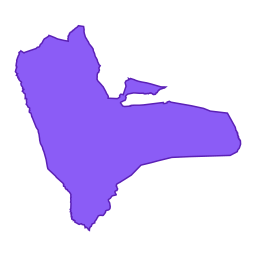 Santiago Yosondúa, Oaxaca, Mexico (orthographic projection)
{"feature_id": "50627088B9654355924855", "entity_name": "Santiago Yosondúa", "entity_type": "district", "adm_level": 2, "iso_a3": "MEX", "parent_name": "Mexico", "parent_adm1": "Oaxaca", "projection": "orthographic", "projection_center": [-97.535, 16.847], "detail": "fine", "context": "isolated", "style": "filled", "palette": "violet", "viewbox_px": 256, "rotation_deg": 0, "n_neighbors": 0, "source": "geoboundaries", "source_scale": "gbopen_adm2", "svg_char_len": 5530}
<svg xmlns="http://www.w3.org/2000/svg" viewBox="0 0 256 256"><path d="M210.3,111.1L203.6,108.4L191.1,105.7L171.0,102.2L169.3,101.3L167.1,102.1L166.9,103.0L164.8,103.5L163.4,103.5L163.2,102.5L143.7,104.9L139.6,105.2L134.2,105.2L131.1,105.4L130.7,105.7L130.4,105.7L130.5,106.1L124.6,106.5L123.2,106.2L122.9,106.1L122.1,105.2L121.2,103.8L120.5,103.0L120.6,102.4L121.1,102.0L122.2,101.6L123.8,100.6L124.8,100.5L125.3,99.9L125.7,99.0L126.1,97.5L125.8,97.1L125.6,96.7L125.6,96.4L125.8,95.9L126.7,94.9L127.8,94.1L133.5,92.9L135.8,93.0L139.9,93.3L142.6,93.2L142.9,93.3L143.5,93.3L143.6,93.5L144.2,93.7L144.4,93.6L144.8,93.9L145.2,93.9L145.6,93.6L146.1,93.8L147.0,93.5L147.6,93.5L148.3,93.8L148.8,93.4L149.3,93.2L149.6,93.2L149.8,93.3L150.0,93.3L150.3,92.9L150.7,93.1L151.4,93.1L151.8,93.5L152.2,93.6L152.6,93.7L152.7,94.1L152.9,94.3L153.9,94.6L154.7,94.3L155.2,94.3L155.3,94.1L155.6,94.0L156.0,93.5L156.2,92.8L157.1,92.6L157.5,91.9L157.7,91.3L157.9,91.1L158.3,90.9L158.7,90.3L158.7,90.1L159.3,90.0L159.5,89.9L159.6,89.5L159.8,89.3L161.7,88.8L163.2,88.2L164.0,88.1L164.6,87.9L165.7,87.0L161.0,86.9L151.1,84.0L146.8,82.9L141.7,82.0L138.2,81.2L135.2,80.2L134.6,79.8L130.5,78.5L130.1,79.0L129.3,78.9L128.6,78.5L128.9,79.6L125.9,81.0L125.1,82.7L125.8,85.2L126.0,86.3L123.2,94.7L122.1,94.4L121.4,94.3L120.5,94.3L119.6,95.7L119.8,97.0L118.3,98.1L117.3,98.6L108.1,98.2L108.3,96.4L107.6,95.0L106.5,93.4L105.7,91.5L103.1,86.7L102.1,85.7L101.5,84.9L97.6,80.6L97.3,79.7L97.0,79.4L97.2,76.5L97.1,75.8L97.2,74.8L97.6,73.1L98.7,72.3L98.8,71.5L99.3,70.6L99.4,69.9L99.0,68.7L98.9,68.0L99.2,67.3L100.2,65.7L98.8,64.5L98.6,63.6L97.7,61.9L97.2,59.9L96.2,57.9L95.6,57.1L95.0,55.7L94.6,53.7L93.4,51.0L93.1,49.0L91.7,46.9L89.2,43.9L88.2,41.6L87.3,40.4L86.6,39.0L85.4,37.1L84.4,33.7L84.0,31.7L84.1,29.6L83.6,26.5L78.4,25.7L77.4,27.0L76.3,27.7L75.7,28.2L75.3,28.4L73.9,29.8L73.7,29.9L73.7,30.0L73.4,30.1L73.2,30.4L72.9,30.4L72.8,30.7L72.7,30.8L72.1,31.1L71.8,31.7L70.4,32.3L70.0,32.9L69.5,33.3L69.4,33.6L69.5,34.1L69.4,34.3L68.9,35.0L68.8,35.5L68.5,35.9L68.2,36.0L68.1,36.5L68.3,37.0L68.2,38.0L67.9,38.6L68.1,39.3L68.0,39.5L68.1,40.0L67.9,40.5L68.2,40.9L68.2,41.2L63.8,40.4L57.8,39.0L57.0,38.7L54.7,37.6L50.7,36.0L48.9,35.4L48.5,36.3L46.2,37.8L44.3,38.9L43.2,40.6L42.2,42.7L41.0,44.0L40.4,44.4L39.5,46.6L38.5,47.2L37.4,47.2L36.1,48.5L24.7,52.4L24.0,52.9L20.9,50.9L20.8,51.2L19.2,52.3L18.9,52.7L18.9,53.0L19.3,53.3L19.3,54.2L18.3,55.8L18.1,56.4L17.5,57.9L17.0,59.6L16.7,60.1L16.7,60.6L16.8,61.1L16.2,64.4L16.3,65.5L16.5,66.0L16.2,66.0L16.6,67.1L16.4,67.1L16.5,68.0L15.9,69.6L15.9,69.9L15.8,70.1L15.4,71.7L16.7,73.1L16.8,73.5L16.8,73.9L17.4,73.9L17.0,74.7L16.4,75.3L16.8,75.6L17.5,75.9L18.0,76.8L17.8,77.7L18.0,78.0L18.9,78.3L18.8,79.4L19.0,79.7L19.3,79.9L19.6,80.4L20.4,81.2L21.2,81.8L21.5,82.3L20.9,83.6L21.2,85.1L21.6,85.8L22.7,87.3L22.7,87.9L22.6,88.8L22.9,89.1L23.8,89.2L23.9,89.6L22.6,90.6L22.3,91.3L23.5,92.2L24.1,93.3L25.2,94.0L25.3,97.3L25.1,98.4L25.2,98.7L26.0,98.3L26.8,99.1L26.4,100.1L26.7,102.7L26.2,104.3L27.3,105.4L28.0,107.0L29.6,108.0L29.7,109.1L29.3,110.2L29.8,110.6L29.2,111.8L29.4,112.3L29.9,112.7L30.6,112.9L30.9,113.2L31.3,114.3L31.8,116.8L32.2,117.0L32.3,117.5L35.8,126.3L36.1,127.1L37.3,129.0L38.0,129.9L38.2,130.5L38.2,131.2L38.4,132.4L39.0,134.2L39.4,137.3L39.7,139.2L39.6,139.7L40.5,143.6L42.4,147.1L42.9,149.2L44.0,151.9L46.1,159.5L47.4,166.9L47.9,168.8L49.3,170.2L55.4,175.9L56.5,177.4L62.9,183.1L63.3,183.7L63.4,184.1L63.6,184.0L63.8,184.3L63.6,185.1L63.5,185.4L63.6,185.9L63.6,186.2L64.9,186.6L65.1,187.4L65.3,187.7L65.2,188.0L66.3,189.5L67.3,189.5L67.8,190.7L68.4,191.1L69.6,192.3L70.9,194.4L70.8,196.3L71.1,197.2L70.7,197.7L70.9,200.8L70.6,202.1L71.0,203.1L70.8,208.7L70.2,209.3L70.8,210.2L70.3,211.8L71.3,212.4L71.5,213.3L71.4,213.5L71.1,213.4L70.9,213.8L71.4,214.1L71.2,215.1L71.4,215.6L71.2,216.1L71.3,216.9L72.0,217.0L71.9,217.5L71.7,218.5L71.8,219.1L72.8,219.4L73.5,219.9L73.4,220.5L74.5,220.4L74.9,220.7L74.9,222.1L77.2,223.3L78.5,224.1L79.2,224.4L81.2,223.7L81.6,223.8L82.2,224.6L84.1,224.7L84.7,226.1L85.6,226.9L85.1,227.4L85.1,227.7L86.6,227.4L88.3,228.9L88.3,229.6L89.4,230.3L89.5,228.8L89.7,228.3L89.9,227.4L90.4,227.0L90.6,226.6L91.2,226.4L91.4,226.1L91.5,225.5L91.9,224.7L92.0,224.1L92.3,223.9L94.8,222.8L94.6,222.1L94.7,221.6L96.3,219.6L96.9,218.3L97.6,217.3L98.1,216.1L98.9,215.6L100.2,215.3L102.3,215.4L102.8,215.5L103.3,215.3L104.6,213.6L105.3,212.6L105.5,212.2L105.5,211.6L105.8,210.8L107.1,210.2L108.0,210.1L108.9,209.7L109.9,208.7L110.1,207.8L110.2,206.3L110.1,205.9L110.1,205.6L109.9,205.3L109.9,204.4L109.5,202.5L108.6,201.3L108.4,199.6L110.4,198.2L111.8,196.2L112.1,196.0L113.1,195.6L115.0,195.2L115.8,195.0L116.2,194.8L116.2,194.6L115.0,192.5L115.0,191.7L115.0,191.4L115.3,191.1L116.5,190.5L116.9,190.5L117.6,189.0L117.6,188.8L116.9,187.5L116.7,186.5L116.4,186.4L116.2,186.0L116.4,185.6L116.4,185.0L116.6,184.3L116.8,184.1L117.7,183.5L118.7,182.9L120.0,182.3L120.1,182.1L120.5,181.9L131.3,175.1L141.0,165.1L151.4,162.6L157.6,160.9L171.8,157.4L189.6,156.6L230.2,155.4L237.3,151.6L237.5,150.6L238.2,149.3L239.0,148.6L239.5,147.5L240.6,144.2L240.4,140.7L239.9,139.9L239.8,140.0L239.6,139.6L239.2,139.4L239.2,139.2L239.0,138.9L238.9,138.7L239.0,138.5L238.9,138.1L238.4,138.0L238.2,137.7L238.3,137.2L238.5,136.5L238.1,136.2L237.9,135.9L238.0,135.6L237.7,135.4L237.5,134.8L237.8,134.2L237.5,133.9L237.3,133.3L237.6,133.0L237.1,132.5L237.0,131.9L236.7,131.8L236.5,131.0L236.0,130.4L235.8,130.3L235.8,129.7L235.5,128.4L235.2,127.2L227.4,113.1L210.3,111.1Z" fill="#8b5cf6" stroke="#5b21b6" stroke-width="1.5"/></svg>